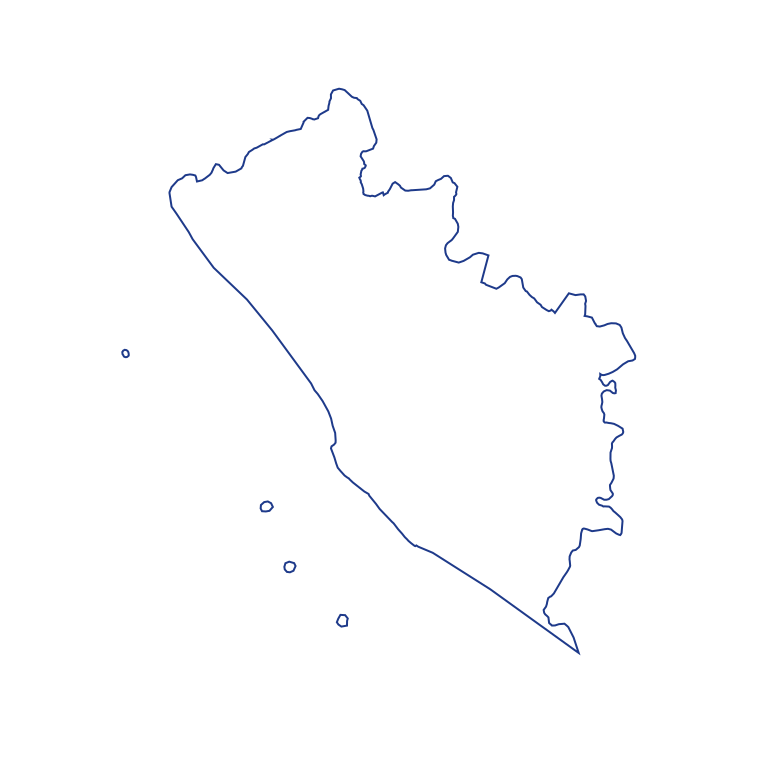 outline of Kota Pariaman, Sumatera Barat, Indonesia, rotated 350°
{"feature_id": "22746128B94413576870843", "entity_name": "Kota Pariaman", "entity_type": "district", "adm_level": 2, "iso_a3": "IDN", "parent_name": "Indonesia", "parent_adm1": "Sumatera Barat", "projection": "mercator", "projection_center": [100.144, -0.612], "detail": "fine", "context": "isolated", "style": "outline", "palette": "blue", "viewbox_px": 768, "rotation_deg": 350, "n_neighbors": 0, "source": "geoboundaries", "source_scale": "gbopen_adm2", "svg_char_len": 6146}
<svg xmlns="http://www.w3.org/2000/svg" viewBox="0 0 768 768"><g transform="rotate(350 384 384)"><path d="M529.0,682.6L526.7,666.6L523.3,655.4L522.2,653.9L520.1,651.4L514.5,650.9L510.4,651.5L507.4,651.0L506.9,650.1L506.6,650.0L505.1,648.0L505.4,642.4L504.4,640.9L502.7,638.8L502.0,637.1L502.0,634.2L504.9,631.4L506.2,628.9L506.9,626.9L508.6,623.3L510.9,622.2L511.5,622.2L511.9,622.0L514.9,619.8L527.1,605.4L531.3,601.2L532.9,599.4L535.4,596.2L535.8,595.3L536.2,590.4L536.2,589.1L536.9,586.0L539.1,582.5L541.0,580.8L544.0,580.7L547.7,578.5L548.1,577.9L548.7,577.1L550.8,570.8L552.2,565.3L553.8,562.0L554.0,562.0L554.5,561.2L555.7,561.0L557.1,561.6L559.2,562.6L563.0,564.9L563.8,565.1L569.8,565.3L576.2,565.3L579.4,565.5L582.3,566.8L586.7,571.5L589.0,573.1L590.4,573.8L591.3,573.0L592.1,571.9L595.1,560.4L595.0,558.8L593.6,556.1L589.4,550.7L587.9,549.0L586.7,546.7L585.7,545.2L584.3,543.8L580.0,542.8L578.7,542.7L577.8,541.8L574.8,540.2L573.2,537.9L572.7,535.5L572.9,534.7L573.8,533.9L574.8,533.3L576.2,533.3L577.6,533.8L580.7,536.2L582.9,536.6L585.4,536.4L589.2,534.0L590.1,532.9L590.3,531.6L588.6,527.8L588.6,526.5L588.8,524.0L589.0,522.7L590.9,520.7L593.6,517.1L593.8,516.6L594.4,514.2L594.1,501.7L593.8,499.1L594.0,497.1L595.2,490.8L597.4,486.7L597.8,484.8L598.1,482.3L598.8,481.2L599.8,480.5L602.1,478.2L603.7,477.0L607.0,475.8L609.4,475.1L610.6,474.1L611.3,472.8L611.2,469.4L607.2,465.8L603.6,463.2L600.6,462.0L598.8,461.5L596.2,460.5L594.9,460.4L594.3,459.8L593.8,458.5L594.2,457.7L594.2,457.1L594.6,456.3L595.7,452.4L595.5,450.9L594.5,448.9L594.1,446.7L594.0,444.6L594.4,443.2L595.0,442.0L595.9,439.7L596.1,436.7L596.1,433.3L596.9,431.3L599.1,429.5L602.2,428.7L605.3,429.7L607.8,432.6L609.2,433.2L610.5,433.2L611.3,430.6L611.1,427.8L611.6,425.6L611.9,423.3L611.3,422.0L609.7,420.4L608.9,420.5L607.0,421.3L604.3,423.9L602.8,424.3L601.4,424.1L599.8,422.4L599.1,420.1L598.0,417.5L596.8,416.3L598.4,413.8L598.7,411.7L599.9,412.8L601.3,413.3L603.0,413.4L607.1,412.9L611.2,411.9L616.0,410.1L622.9,406.1L628.4,404.0L632.9,404.0L635.5,402.9L636.0,401.4L636.3,399.8L635.7,397.1L630.8,383.9L629.3,380.5L628.0,375.5L627.6,369.6L626.4,366.8L623.0,364.6L618.3,363.6L614.6,363.7L611.1,364.5L606.5,364.9L603.6,364.0L602.5,361.5L602.6,361.3L602.1,360.6L600.3,354.7L596.0,352.7L593.4,351.8L594.2,350.3L596.0,342.1L596.0,340.0L597.4,337.3L597.4,332.7L596.2,330.4L593.3,329.9L588.0,329.7L581.8,326.8L564.7,343.7L563.7,342.0L561.8,339.9L560.9,340.6L559.0,340.9L557.1,339.5L552.9,335.6L552.0,333.2L548.9,330.1L547.4,327.0L546.7,325.7L544.8,324.1L542.8,321.5L540.8,317.7L539.7,317.1L537.9,313.2L537.9,304.7L537.0,302.8L534.1,300.9L532.5,300.3L529.3,299.9L526.7,300.4L523.6,302.4L520.4,305.7L513.7,308.9L511.2,309.7L501.7,304.0L500.8,302.5L497.5,300.7L509.2,275.5L503.9,272.5L500.1,271.3L494.0,272.1L490.7,274.1L483.8,276.6L478.7,277.4L471.8,274.2L471.3,273.8L469.7,273.0L467.7,267.8L467.4,265.3L467.7,261.1L469.1,258.1L471.1,256.3L475.8,253.9L477.3,252.6L483.1,247.0L484.5,242.2L484.5,239.0L482.6,233.7L481.0,232.6L481.1,231.7L481.0,230.4L481.8,227.0L482.6,221.1L483.5,217.7L484.9,215.1L485.5,211.8L486.6,211.2L488.1,209.9L488.3,208.8L488.2,207.8L490.5,202.5L488.6,199.0L488.3,198.4L486.7,197.4L485.6,192.7L483.2,190.1L482.8,190.0L479.2,189.7L475.7,191.9L472.8,192.5L470.2,193.3L468.1,196.4L463.3,199.3L459.4,199.6L444.8,198.0L444.6,197.9L441.4,197.9L438.5,197.2L434.8,193.5L434.1,191.5L432.8,189.9L430.0,187.1L427.3,188.2L423.6,193.1L421.4,195.3L421.0,196.3L417.9,197.3L416.5,198.0L416.2,195.1L415.7,195.1L407.8,197.7L405.2,196.6L404.4,196.5L403.0,196.7L401.7,196.0L400.5,195.7L398.2,194.6L397.5,193.8L396.9,193.5L396.8,191.6L397.2,190.7L397.4,188.0L396.8,183.4L396.1,181.3L396.4,180.4L396.3,179.2L395.9,178.4L395.5,176.5L396.9,175.8L397.4,175.3L397.4,173.5L398.8,170.0L399.7,169.1L400.1,168.2L401.2,168.2L402.5,167.8L403.6,166.5L404.0,165.5L402.7,163.9L402.9,162.2L402.8,161.2L400.5,155.7L401.4,153.3L402.6,152.0L403.3,151.4L403.7,151.4L404.3,151.2L405.7,151.6L407.0,151.7L414.1,150.3L415.4,147.9L418.3,145.0L419.2,141.8L417.7,132.1L417.0,129.8L415.0,111.9L412.3,105.9L410.7,104.3L409.8,101.0L407.4,98.8L406.9,97.7L404.2,96.9L402.3,95.6L396.3,87.7L393.9,86.5L391.0,85.4L384.8,86.1L382.0,89.6L381.4,93.4L379.4,96.2L379.0,97.7L377.7,100.5L376.6,104.3L368.3,107.2L367.0,107.9L366.0,109.0L365.2,110.8L361.2,111.4L360.2,110.9L359.9,110.9L359.0,110.2L357.1,109.2L354.9,108.6L350.3,111.8L350.3,112.4L346.3,118.4L342.0,118.5L340.5,118.7L335.5,118.7L332.0,118.9L326.3,120.9L319.9,123.3L317.3,124.2L316.9,124.1L317.0,124.2L307.6,127.2L306.3,126.9L299.6,129.2L297.1,129.5L295.1,130.5L291.2,132.1L289.8,133.9L286.9,136.4L283.0,144.6L281.5,146.0L281.0,146.9L274.8,149.1L266.6,149.1L263.1,145.8L259.6,139.5L258.9,139.2L256.6,138.3L253.5,141.8L252.2,144.0L251.5,144.8L251.0,145.8L248.8,147.7L243.0,150.7L242.1,151.0L240.4,151.8L235.0,152.1L234.8,147.4L234.4,145.9L232.1,144.8L229.3,143.9L224.7,143.9L220.9,146.4L216.3,147.5L209.0,153.2L206.1,157.8L205.9,158.7L205.6,172.5L209.3,180.4L218.1,200.5L220.7,208.2L236.5,240.0L263.7,277.0L283.2,311.8L312.3,370.8L314.5,378.1L317.0,382.3L320.6,390.2L324.4,401.3L325.9,408.9L326.2,416.2L327.4,423.7L326.6,431.1L326.1,433.4L324.3,435.0L321.5,436.3L320.6,438.2L322.4,447.7L323.1,453.8L323.9,458.4L326.1,462.2L329.3,467.3L331.6,469.7L333.2,471.1L333.4,471.7L336.2,475.5L346.0,486.5L349.7,489.6L350.1,491.4L355.3,500.7L358.0,506.3L367.9,521.1L369.3,522.9L372.7,529.5L375.8,534.5L377.9,538.4L379.7,540.9L380.8,542.7L383.1,545.5L386.0,548.7L386.7,549.1L387.8,548.6L389.5,550.2L402.7,558.7L453.1,604.7L526.0,679.6L529.0,682.6ZM305.6,615.5L306.5,610.9L307.6,608.6L305.6,604.9L301.0,603.8L298.2,607.2L296.2,610.4L297.3,612.9L299.9,615.5L305.6,615.5ZM249.2,489.0L253.2,485.8L252.1,481.8L249.2,479.5L245.5,479.5L241.8,481.8L240.9,485.2L241.8,488.1L245.5,489.0L249.2,489.0ZM262.4,552.2L265.3,547.9L264.4,544.8L259.8,542.5L255.8,543.4L254.1,546.8L254.1,549.4L255.8,552.2L258.7,553.1L262.4,552.2ZM135.9,312.7L137.5,311.7L137.8,310.3L137.8,308.4L137.2,306.9L136.2,305.9L134.6,305.3L132.9,305.9L132.2,306.8L131.8,307.1L131.7,309.3L132.3,310.5L132.6,311.7L133.3,312.3L134.5,312.8L135.9,312.7Z" fill="none" stroke="#1e3a8a" stroke-width="2"/></g></svg>